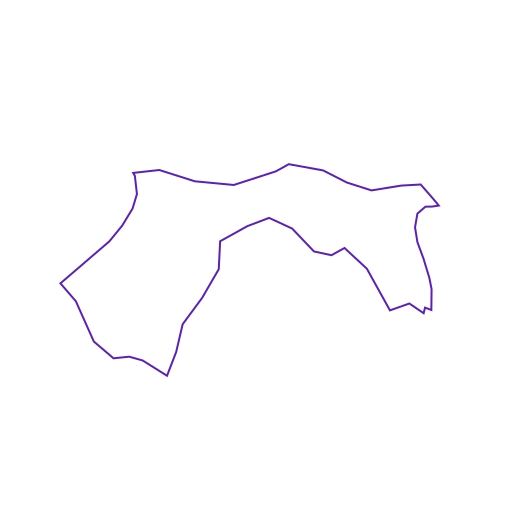 SVG path tracing the border of Debar, rotated 331°
{"feature_id": "MKD-2952", "entity_name": "Debar", "entity_type": "Statistical Region", "adm_level": 1, "iso_a3": "MKD", "parent_name": "North Macedonia", "parent_adm1": "", "projection": "natural_earth1", "projection_center": [20.605, 41.506], "detail": "fine", "context": "isolated", "style": "outline", "palette": "violet", "viewbox_px": 512, "rotation_deg": 331, "n_neighbors": 0, "source": "natural_earth", "source_scale": "10m", "svg_char_len": 785}
<svg xmlns="http://www.w3.org/2000/svg" viewBox="0 0 512 512"><g transform="rotate(331 256 256)"><path d="M120.1,317.6L106.2,292.4L96.3,282.6L81.8,276.4L72.7,252.2L76.5,208.2L71.7,185.1L134.8,172.1L153.6,164.6L171.0,154.7L181.9,144.1L188.9,127.2L188.9,123.8L213.1,133.9L238.7,161.0L271.0,183.1L314.4,191.6L329.2,191.6L356.2,213.7L371.1,235.8L388.8,254.6L417.1,264.8L434.7,273.3L438.7,291.9L440.3,300.5L434.1,298.2L428.1,295.0L417.7,297.2L409.0,308.0L403.9,322.1L401.2,339.6L397.0,359.2L393.5,370.1L383.2,388.2L378.8,383.1L374.9,387.3L367.1,371.9L346.8,368.5L346.8,346.4L346.8,320.9L337.3,291.9L322.4,291.9L308.9,280.1L300.9,249.5L285.9,229.0L263.0,225.7L231.8,225.7L217.0,249.5L188.6,266.5L158.8,280.1L139.6,301.3L120.1,317.6Z" fill="none" stroke="#5b21b6" stroke-width="2"/></g></svg>